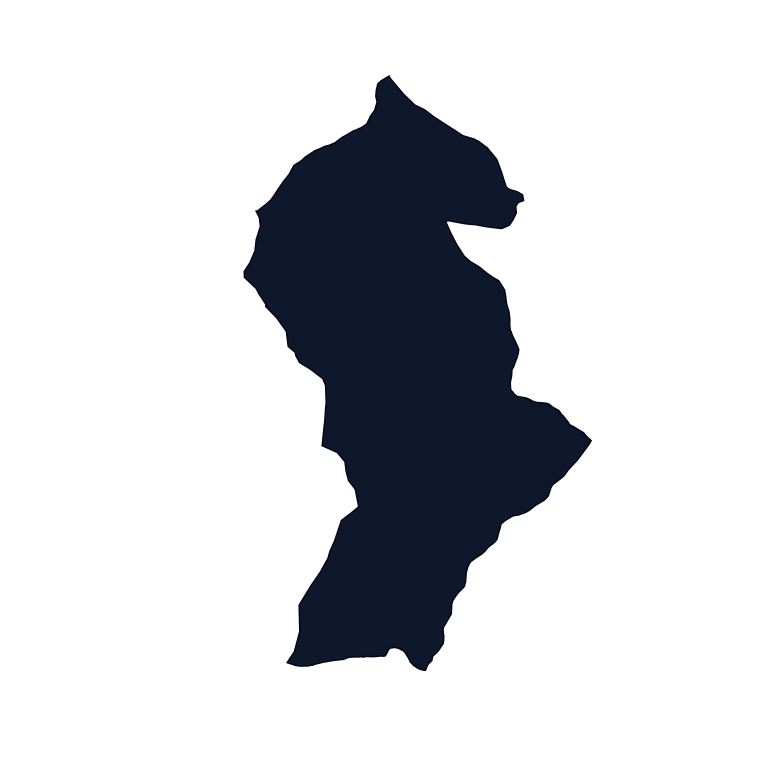 Tomzhangtshen, Tashi Yangtse, Bhutan (Natural Earth projection), rotated 65°
{"feature_id": "84629894B58901780687554", "entity_name": "Tomzhangtshen", "entity_type": "district", "adm_level": 2, "iso_a3": "BTN", "parent_name": "Bhutan", "parent_adm1": "Tashi Yangtse", "projection": "natural_earth1", "projection_center": [91.515, 27.451], "detail": "fine", "context": "isolated", "style": "filled", "palette": "ink", "viewbox_px": 768, "rotation_deg": 65, "n_neighbors": 0, "source": "geoboundaries", "source_scale": "gbopen_adm2", "svg_char_len": 3590}
<svg xmlns="http://www.w3.org/2000/svg" viewBox="0 0 768 768"><g transform="rotate(65 384 384)"><path d="M595.6,589.5L602.0,582.7L604.2,579.2L607.4,572.1L607.8,569.9L608.4,568.4L608.8,567.0L608.7,565.4L610.0,559.0L610.2,557.5L610.7,555.6L613.6,545.2L615.0,541.4L615.9,538.6L616.4,536.8L616.6,535.3L616.6,532.4L617.6,529.1L618.7,526.6L619.6,524.3L620.5,522.8L621.5,519.8L622.8,518.1L623.2,515.8L626.6,508.9L627.1,507.5L629.3,501.5L630.4,499.7L630.9,497.7L629.4,495.6L628.2,494.0L626.8,492.5L626.0,490.1L627.1,485.9L629.6,482.6L633.5,479.5L636.2,478.4L643.8,477.5L646.7,477.7L649.0,476.9L651.4,476.2L656.7,472.9L659.8,469.5L661.0,467.5L660.0,466.4L658.3,464.6L656.5,462.3L655.7,460.0L654.9,457.6L651.2,454.8L650.7,452.9L649.9,450.3L648.7,447.4L647.5,445.4L646.0,443.1L644.5,440.4L642.9,439.1L638.3,436.6L631.9,434.5L629.6,432.9L620.8,420.2L613.4,416.3L612.1,415.6L609.6,413.5L607.4,410.2L604.5,404.9L602.7,399.9L601.9,397.7L600.9,396.3L599.8,395.4L597.6,393.6L589.9,389.3L588.3,388.1L585.5,385.6L583.4,383.3L581.7,380.7L580.5,375.1L579.4,367.5L578.9,365.7L578.2,363.2L576.4,359.7L575.5,356.9L574.8,353.0L573.5,349.1L572.1,346.9L568.5,344.0L566.1,341.9L563.9,339.9L561.9,338.4L560.4,337.2L559.5,334.2L558.8,330.8L558.2,325.5L558.1,322.3L558.6,320.5L559.6,317.1L560.2,309.4L559.8,305.6L558.1,298.3L557.4,292.0L557.1,288.4L555.8,284.5L554.7,282.3L548.9,276.9L546.8,274.2L546.2,272.4L544.4,264.0L544.0,262.2L542.9,259.0L539.6,253.2L534.9,241.7L534.3,240.3L531.9,235.9L527.7,228.0L525.1,223.3L522.9,220.2L521.5,220.7L518.3,222.1L516.9,222.6L512.4,223.8L508.2,226.7L502.9,230.2L499.4,232.9L496.1,233.3L493.0,234.1L488.9,235.0L486.6,236.0L483.4,236.5L481.7,236.9L479.4,238.7L476.3,240.9L471.7,243.1L469.7,245.6L465.0,253.8L462.7,256.3L459.1,258.9L456.6,261.3L451.6,268.5L448.8,270.0L442.7,271.6L437.6,269.6L435.9,268.9L433.3,266.9L430.5,264.9L425.1,262.0L422.9,259.0L419.7,255.8L418.6,254.7L416.1,252.1L413.1,249.5L409.7,247.3L403.8,247.0L393.8,247.1L387.9,246.6L383.6,245.1L381.5,244.2L379.2,242.9L375.6,241.6L372.6,240.6L370.8,240.1L366.4,239.6L362.2,238.8L355.3,236.5L349.7,235.0L339.1,236.3L333.5,240.2L326.6,244.2L318.4,248.1L309.6,254.0L302.1,257.3L288.4,259.2L275.3,259.7L263.1,259.5L262.9,257.0L270.8,245.9L272.9,242.9L275.7,238.4L278.2,233.8L280.4,230.7L284.3,225.3L287.1,220.9L292.8,211.7L293.1,203.3L289.4,197.3L284.9,191.8L278.6,189.5L276.2,185.6L276.7,179.9L271.0,178.5L265.9,182.2L260.7,188.1L257.1,190.0L249.0,189.0L241.0,187.9L228.2,186.9L213.6,190.6L204.0,195.8L199.8,199.2L195.6,203.9L192.2,207.7L187.7,210.4L170.9,221.0L162.0,226.5L152.9,231.2L144.2,238.2L129.4,243.9L110.0,249.1L107.0,249.3L108.0,258.3L109.3,262.7L114.7,266.9L119.8,269.8L125.6,271.1L132.1,276.8L135.4,282.9L140.7,289.2L141.3,291.0L142.1,296.5L141.8,305.7L142.7,315.1L142.8,317.6L143.8,322.6L144.7,326.2L144.5,332.9L143.6,337.4L143.7,342.5L143.4,347.7L144.4,355.3L145.2,359.9L146.6,364.2L147.3,368.0L147.4,370.1L148.0,373.5L150.1,376.2L154.0,381.5L157.4,388.5L162.5,397.3L166.8,404.1L169.4,408.9L171.2,414.4L172.4,420.1L173.7,425.1L173.3,426.9L180.4,426.6L188.9,429.4L199.3,438.9L208.7,444.5L217.3,454.1L223.1,463.2L228.4,465.4L243.3,459.5L249.6,459.2L261.9,457.4L263.9,458.4L278.6,453.3L294.9,450.2L309.5,454.9L317.7,451.1L320.8,451.9L328.9,451.4L339.3,444.5L353.2,437.2L360.6,437.5L376.4,444.2L380.7,446.8L392.2,453.1L401.4,458.7L413.8,466.1L426.2,455.3L438.0,452.2L447.2,455.2L456.6,456.9L467.1,454.5L484.6,458.8L486.4,465.6L489.7,480.3L505.6,495.3L512.9,503.8L518.1,508.2L527.2,520.6L535.9,535.3L548.6,554.4L572.5,564.8L588.7,578.3L595.6,589.5Z" fill="#0f172a" stroke="#020617" stroke-width="1.5"/></g></svg>